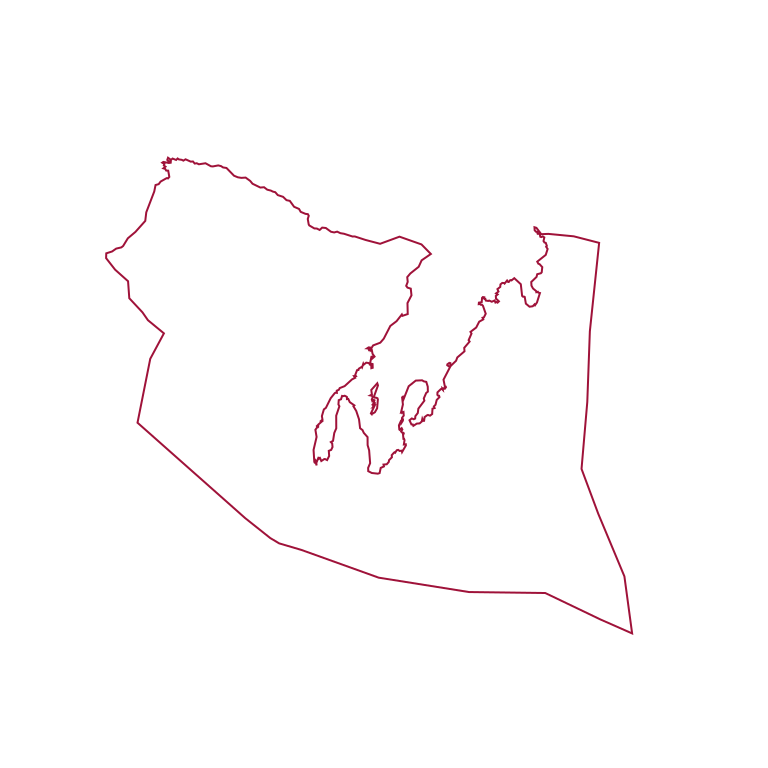 Unjárga sme 1, Finnmark, Norway, rotated 284°
{"feature_id": "86288312B72047105202096", "entity_name": "Unjárga sme 1", "entity_type": "district", "adm_level": 2, "iso_a3": "NOR", "parent_name": "Norway", "parent_adm1": "Finnmark", "projection": "albers", "projection_center": [28.889, 70.128], "detail": "fine", "context": "isolated", "style": "outline", "palette": "rose", "viewbox_px": 768, "rotation_deg": 284, "n_neighbors": 0, "source": "geoboundaries", "source_scale": "gbopen_adm2", "svg_char_len": 6159}
<svg xmlns="http://www.w3.org/2000/svg" viewBox="0 0 768 768"><g transform="rotate(284 384 384)"><path d="M443.6,82.9L438.9,83.9L429.9,95.4L421.8,110.8L405.6,116.1L395.1,132.3L388.8,139.5L379.9,158.2L351.9,151.1L286.8,154.2L220.2,281.9L207.0,310.9L204.0,320.8L203.0,344.1L194.8,425.7L202.7,516.8L220.2,591.0L207.9,650.9L202.0,685.1L255.5,663.8L309.9,623.3L349.4,596.2L415.7,585.6L484.9,571.0L573.0,558.6L573.2,532.4L569.4,507.1L567.4,500.3L568.4,499.1L567.8,498.2L568.9,498.5L572.4,494.1L572.5,492.1L569.6,493.0L568.5,494.7L568.7,495.9L567.1,496.6L567.1,497.5L567.8,497.9L567.5,498.7L564.7,500.0L564.6,501.1L565.6,502.4L565.0,504.1L561.3,504.2L560.1,505.5L560.1,506.8L557.4,508.6L556.4,508.1L554.6,510.1L548.4,509.7L539.8,503.1L538.1,504.6L537.9,506.0L535.7,509.3L530.5,510.0L529.4,509.4L527.6,506.1L524.8,506.1L518.6,502.2L515.1,503.3L512.7,505.5L511.0,509.1L509.9,509.6L510.7,511.0L510.0,511.6L510.0,513.3L500.1,512.7L497.0,511.5L497.7,510.8L495.4,509.5L494.2,506.5L496.3,502.2L502.5,499.5L502.7,498.6L502.3,497.9L502.9,496.7L513.9,492.6L518.2,484.8L515.4,482.7L515.6,482.1L515.2,481.3L513.2,480.4L513.0,479.8L514.2,478.4L510.6,476.7L511.0,476.0L510.7,474.3L508.8,472.9L506.3,473.3L503.5,471.1L501.4,472.7L499.0,470.8L498.4,472.6L496.5,471.2L494.0,472.0L492.0,475.5L490.4,474.5L490.8,473.3L490.0,472.4L491.8,471.1L489.9,468.7L490.4,465.8L489.8,465.1L489.6,462.6L491.2,461.7L490.8,460.9L491.3,460.1L492.4,460.2L492.3,458.9L491.3,458.3L487.0,459.0L485.9,456.4L484.4,456.6L484.8,457.6L484.3,458.8L484.6,459.9L483.8,461.1L476.8,465.7L472.8,464.8L472.1,463.6L470.7,464.7L467.5,461.3L461.1,459.8L455.5,455.3L454.1,456.7L447.0,455.5L445.9,456.8L438.5,453.1L435.2,454.2L427.5,448.7L424.0,448.3L417.4,444.2L420.2,443.3L419.9,442.8L420.2,442.2L418.4,440.7L417.5,440.8L416.8,442.8L417.2,443.7L416.9,444.1L402.6,440.7L396.2,443.7L396.4,444.5L395.9,444.9L394.1,444.2L393.9,443.4L394.2,442.9L393.6,442.4L393.9,441.8L392.6,442.4L393.4,441.1L392.8,440.4L388.8,437.9L386.4,438.4L385.8,439.3L385.9,440.3L384.7,441.0L381.3,439.0L376.3,439.0L374.3,437.8L372.9,438.9L371.8,437.0L366.5,438.0L364.4,436.3L364.6,434.1L364.1,433.4L361.7,431.4L358.0,431.8L357.7,430.9L359.5,429.6L356.7,429.7L354.4,428.1L353.5,425.4L350.5,422.6L351.7,421.7L351.4,420.4L355.0,417.5L357.3,419.3L357.0,421.4L358.0,422.6L360.4,422.2L364.0,423.8L368.4,423.3L377.6,427.2L379.6,426.1L385.5,427.1L387.2,428.4L392.0,427.1L396.3,424.5L396.2,422.0L396.8,420.1L395.0,414.0L387.8,408.5L374.2,406.7L376.2,405.4L375.4,404.8L368.7,407.3L360.7,407.4L361.3,408.1L360.4,408.5L361.5,409.7L358.1,410.8L355.6,409.7L353.6,410.0L354.1,411.0L353.0,411.2L350.3,410.3L353.1,409.5L347.5,408.5L343.5,409.9L343.3,410.3L345.4,411.8L344.3,412.8L342.0,412.1L341.1,413.6L341.4,414.1L341.0,415.1L339.8,415.3L340.5,414.9L340.1,414.5L335.5,416.1L335.7,416.7L334.5,417.5L330.1,417.9L330.8,419.7L329.7,420.1L322.3,418.0L323.6,417.3L322.8,415.4L323.5,413.7L322.8,412.4L320.0,411.4L320.3,410.7L319.8,410.3L316.8,408.7L314.8,409.4L311.3,407.3L309.6,407.5L306.8,406.1L305.7,403.0L304.0,403.9L301.8,401.1L296.5,401.3L295.5,399.7L294.7,393.7L295.6,389.8L298.8,388.9L303.8,389.7L316.1,385.6L320.7,382.9L328.5,380.9L331.7,376.2L334.1,374.3L335.3,371.5L343.7,368.3L351.1,363.6L355.0,359.7L356.1,360.4L358.1,355.2L360.9,352.9L360.4,351.7L363.1,351.0L362.6,350.9L363.1,348.7L362.3,347.2L362.3,346.2L358.8,346.0L357.4,344.0L353.2,344.7L351.6,346.1L341.7,345.3L329.4,348.4L324.5,347.6L316.5,348.3L314.8,346.5L313.8,348.1L310.4,349.3L307.3,348.7L305.8,346.6L300.9,348.2L296.4,347.2L296.9,345.1L296.7,344.2L294.1,341.8L296.7,339.8L295.7,338.9L297.4,338.3L292.2,337.6L292.8,336.8L288.7,338.3L291.1,336.8L290.9,335.8L291.6,335.2L303.0,331.6L316.3,331.4L323.0,328.5L325.9,329.7L326.9,329.0L328.0,329.7L327.5,330.3L328.8,330.1L332.9,333.0L333.0,331.8L334.6,332.9L337.8,331.5L344.8,331.8L346.8,333.4L357.3,335.7L363.2,338.4L363.9,339.1L364.0,340.4L366.1,339.8L367.5,341.6L369.3,342.0L372.4,346.3L380.8,351.9L383.0,354.5L384.4,353.0L384.9,354.8L385.8,353.9L390.9,354.5L391.4,355.8L392.7,355.8L395.3,358.3L394.9,358.7L398.6,359.0L397.8,359.6L400.4,361.6L400.6,363.8L400.2,365.2L399.4,365.5L399.1,367.1L396.3,367.9L397.0,369.1L400.6,368.1L400.6,367.0L399.9,366.7L400.7,365.5L407.4,365.2L407.9,366.4L406.2,366.7L408.3,368.2L410.5,365.6L413.9,364.0L413.2,363.2L413.6,362.0L413.2,361.3L414.7,360.2L414.5,359.0L415.8,360.2L416.0,361.5L413.9,362.5L418.8,364.1L423.2,370.4L427.9,372.8L441.9,376.1L448.0,381.0L455.8,384.5L454.6,385.4L457.6,390.1L468.2,387.2L476.7,389.2L483.0,386.9L483.2,383.5L484.6,381.8L488.8,382.3L493.3,380.7L497.6,382.8L506.1,389.3L513.1,390.6L521.5,398.0L528.5,386.6L530.7,363.4L519.1,346.3L519.3,331.2L520.1,320.0L519.5,317.8L520.1,308.8L519.8,305.2L520.5,301.7L519.0,299.0L518.9,295.7L521.3,289.8L520.8,286.2L517.9,284.3L518.6,281.2L518.1,278.8L519.8,273.1L520.7,272.3L525.7,270.1L529.0,270.3L530.4,269.0L530.1,266.6L530.9,261.5L533.3,259.2L534.2,253.9L538.9,248.3L538.8,244.9L541.2,240.8L541.6,235.2L543.8,232.1L543.8,229.6L544.3,227.4L544.3,223.7L545.9,220.0L544.7,216.5L546.5,208.0L548.7,205.0L550.8,199.8L549.5,195.7L549.2,192.2L549.8,188.1L555.5,178.9L555.2,175.4L556.0,173.2L556.0,170.3L553.7,165.3L553.4,163.4L555.0,157.4L552.4,151.2L552.9,148.9L552.1,147.0L553.7,144.8L553.0,142.7L554.0,137.1L552.2,135.3L552.6,133.5L552.3,130.6L552.9,129.2L551.1,128.1L551.6,124.3L549.9,123.1L551.3,119.7L549.0,119.5L548.1,120.9L548.3,123.3L547.1,123.5L546.4,121.7L546.1,116.2L545.1,115.3L544.4,117.7L542.8,117.5L542.0,119.4L539.9,117.8L539.8,119.6L538.4,121.0L538.8,123.0L533.0,125.6L531.2,124.7L531.3,123.6L530.7,122.8L526.4,118.3L523.4,117.0L521.8,114.2L515.2,114.5L493.1,111.8L484.5,112.9L471.4,106.0L463.4,100.2L454.8,97.5L453.0,96.1L450.6,91.4L446.8,88.1L443.6,82.9ZM383.1,377.3L375.1,373.1L370.9,374.8L369.6,373.4L369.7,374.8L368.8,376.3L366.0,375.9L364.6,376.8L366.1,377.9L365.9,378.7L363.7,378.5L363.5,379.6L362.3,379.9L361.9,379.4L362.9,378.7L361.1,377.9L360.9,378.4L361.3,378.8L360.0,378.9L360.4,379.6L359.5,379.2L360.1,380.0L352.3,378.4L351.7,379.4L352.9,379.5L352.7,380.3L354.4,382.0L358.7,383.2L367.5,381.8L368.6,381.1L368.8,379.5L368.5,378.4L369.4,377.3L381.2,378.5L383.1,377.3Z" fill="none" stroke="#9f1239" stroke-width="2"/></g></svg>